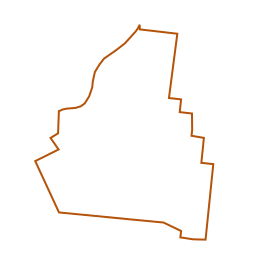 Floyd, Indiana, United States of America, rotated 186°
{"feature_id": "52423323B55825448970997", "entity_name": "Floyd", "entity_type": "district", "adm_level": 2, "iso_a3": "USA", "parent_name": "United States of America", "parent_adm1": "Indiana", "projection": "equal_earth", "projection_center": [-85.894, 38.3], "detail": "fine", "context": "isolated", "style": "outline", "palette": "amber", "viewbox_px": 256, "rotation_deg": 186, "n_neighbors": 0, "source": "geoboundaries", "source_scale": "gbopen_adm2", "svg_char_len": 680}
<svg xmlns="http://www.w3.org/2000/svg" viewBox="0 0 256 256"><g transform="rotate(186 128 128)"><path d="M64.5,24.7L51.6,24.1L39.2,25.1L39.4,101.0L51.4,101.0L51.5,126.1L64.0,126.9L64.0,133.0L65.9,149.1L78.2,149.2L78.2,162.0L90.4,162.1L88.8,226.9L126.5,227.3L127.2,231.9L128.4,228.5L130.4,224.9L139.9,211.9L143.7,208.2L144.6,207.4L145.5,206.5L147.7,204.4L159.0,194.6L162.7,188.7L162.9,188.4L166.8,180.2L167.9,170.2L167.8,164.8L169.9,155.5L173.6,147.9L177.3,144.6L182.3,142.5L191.3,140.8L195.6,139.3L196.9,138.3L198.5,137.7L197.0,115.4L204.0,110.0L194.8,99.4L216.8,85.4L187.8,36.8L113.4,37.4L82.8,37.7L64.4,31.1L64.5,24.7Z" fill="none" stroke="#b45309" stroke-width="2"/></g></svg>